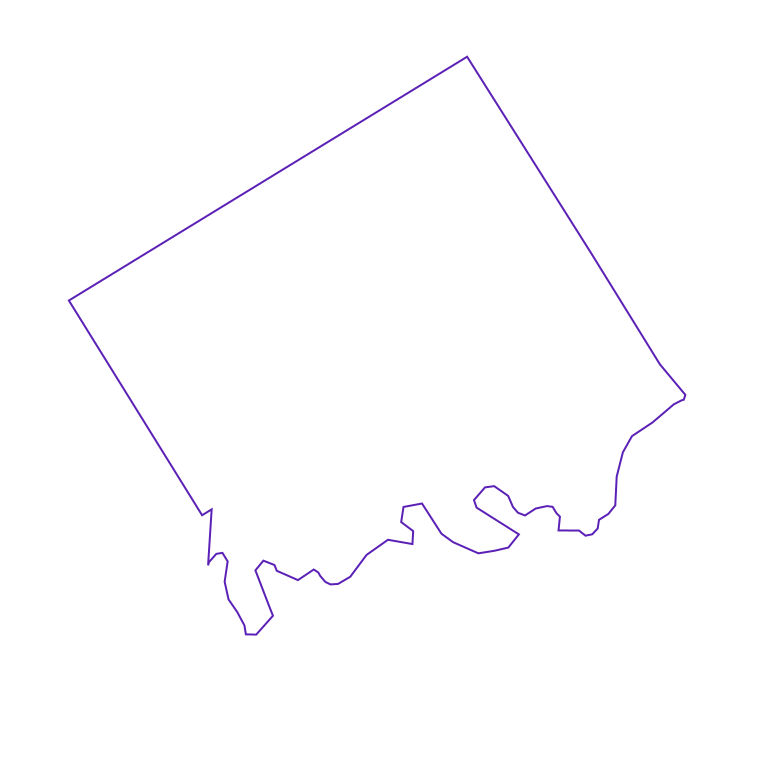 White, Illinois, United States of America, rotated 58°
{"feature_id": "52423323B26696350989673", "entity_name": "White", "entity_type": "district", "adm_level": 2, "iso_a3": "USA", "parent_name": "United States of America", "parent_adm1": "Illinois", "projection": "mercator", "projection_center": [-88.022, 38.074], "detail": "fine", "context": "isolated", "style": "outline", "palette": "violet", "viewbox_px": 768, "rotation_deg": 58, "n_neighbors": 0, "source": "geoboundaries", "source_scale": "gbopen_adm2", "svg_char_len": 1077}
<svg xmlns="http://www.w3.org/2000/svg" viewBox="0 0 768 768"><g transform="rotate(58 384 384)"><path d="M383.1,139.0L150.5,140.1L146.2,607.0L398.9,607.8L399.0,596.6L444.6,629.3L442.3,626.8L439.2,616.2L441.6,610.5L451.6,610.6L467.2,623.9L484.3,630.0L499.6,629.3L514.8,630.3L523.1,633.8L528.8,625.2L521.7,601.0L510.9,599.0L473.9,591.8L469.9,579.9L479.5,572.8L485.6,573.9L504.7,560.9L504.1,541.9L509.0,539.6L513.0,539.8L520.8,538.6L525.6,535.6L529.2,528.9L529.6,514.8L519.7,489.4L518.2,463.2L534.8,444.7L524.2,437.2L510.2,442.6L498.6,432.6L505.5,415.1L541.5,414.6L554.8,409.2L577.6,393.7L584.0,378.6L588.6,365.2L583.0,349.3L537.9,371.0L530.1,369.2L525.2,353.1L529.0,344.7L544.7,338.0L556.7,339.8L564.2,338.6L570.2,334.1L570.0,321.3L573.9,310.5L577.5,306.1L584.8,306.2L589.7,305.1L600.7,313.6L611.6,296.3L619.4,293.5L621.8,287.1L619.8,279.4L613.1,273.6L613.1,262.7L609.5,252.2L585.8,235.7L568.5,217.6L559.6,201.3L558.9,176.6L558.5,174.1L556.4,159.7L554.8,149.0L555.6,139.9L556.2,138.1L552.9,134.2L513.5,139.6L383.1,139.0Z" fill="none" stroke="#5b21b6" stroke-width="2"/></g></svg>